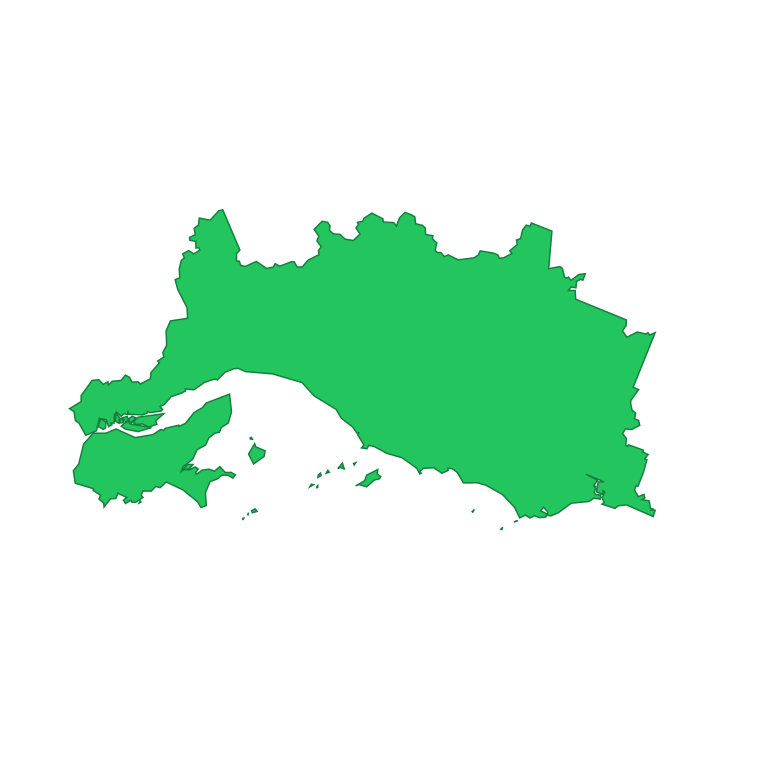 Cassowary Coast, Queensland, Australia (Mercator projection), rotated 106°
{"feature_id": "25037944B15390433377666", "entity_name": "Cassowary Coast", "entity_type": "district", "adm_level": 2, "iso_a3": "AUS", "parent_name": "Australia", "parent_adm1": "Queensland", "projection": "mercator", "projection_center": [145.98, -17.968], "detail": "fine", "context": "isolated", "style": "filled", "palette": "green", "viewbox_px": 768, "rotation_deg": 106, "n_neighbors": 0, "source": "geoboundaries", "source_scale": "gbopen_adm2", "svg_char_len": 6191}
<svg xmlns="http://www.w3.org/2000/svg" viewBox="0 0 768 768"><g transform="rotate(106 384 384)"><path d="M319.2,137.7L318.5,143.6L260.0,137.5L263.8,142.3L261.9,144.3L263.8,146.2L264.2,154.9L272.1,163.3L267.2,169.4L260.8,167.4L255.6,168.7L249.7,223.1L241.4,226.0L243.2,232.4L239.2,230.9L238.6,226.0L232.3,227.2L229.3,224.1L229.4,221.5L222.5,220.9L225.0,226.8L232.8,232.8L230.4,236.1L232.1,237.9L231.3,240.0L223.8,244.3L222.6,247.2L227.8,257.5L190.8,264.7L188.6,286.7L192.1,287.1L192.1,291.0L197.8,293.3L206.6,292.8L209.1,296.4L213.2,294.3L221.2,299.8L223.3,297.0L229.8,303.9L231.4,307.9L228.5,310.1L228.0,314.8L229.5,328.2L234.1,328.9L237.9,332.3L244.2,346.9L242.2,357.9L244.9,361.1L241.9,365.6L242.9,368.8L241.5,371.7L233.9,372.1L231.3,377.3L228.0,377.9L228.7,385.2L222.6,387.4L220.9,390.8L221.2,397.7L214.9,400.4L213.8,404.3L213.3,411.2L220.1,414.9L228.8,415.6L226.2,419.1L228.5,429.3L225.5,430.6L223.1,442.8L230.1,448.9L233.5,449.4L235.9,454.0L237.6,452.4L241.7,454.0L246.5,448.3L254.5,453.1L255.5,461.2L252.3,467.6L253.7,474.0L251.2,478.9L247.2,479.3L244.1,482.7L244.6,488.3L254.6,493.8L259.8,487.4L265.1,487.9L269.3,482.2L273.7,483.8L277.6,482.1L286.0,491.2L294.0,494.8L295.5,499.8L291.3,503.9L291.9,506.5L299.5,516.7L298.3,521.8L302.0,522.5L305.3,528.7L301.4,540.5L309.2,549.7L309.5,554.3L305.8,557.0L306.5,559.6L299.4,561.7L295.0,559.4L261.0,587.0L262.9,590.5L274.5,596.3L275.4,607.3L282.5,606.2L286.7,609.4L292.5,606.5L296.7,611.3L299.4,610.2L298.7,604.3L305.1,602.3L304.1,599.5L306.0,597.9L311.3,602.7L309.6,608.5L314.4,613.3L318.0,610.7L321.0,612.9L329.9,612.6L338.2,609.6L341.3,613.5L350.0,608.3L364.9,594.4L375.0,590.9L382.2,606.7L393.0,608.1L406.7,603.6L414.8,605.3L418.8,603.1L424.3,607.9L425.6,605.7L437.3,611.2L443.4,610.0L451.3,618.3L449.7,621.0L451.7,626.7L447.7,630.6L446.7,635.0L453.0,637.6L456.3,646.0L461.0,648.6L457.9,650.0L461.8,653.9L458.5,659.3L461.0,665.6L478.7,671.9L484.4,670.3L494.4,679.5L496.0,674.3L504.1,670.7L505.8,666.3L515.5,656.5L508.2,647.5L495.4,648.3L494.9,641.1L500.9,637.0L498.2,634.3L496.7,635.6L496.0,632.7L487.4,634.7L484.5,633.4L487.5,627.9L484.2,625.7L484.0,622.2L481.4,622.4L483.5,620.9L480.3,608.0L477.6,603.8L475.6,603.8L476.1,601.2L471.4,590.8L469.4,589.9L467.4,593.2L464.2,589.5L454.8,585.1L448.5,576.0L445.5,573.0L443.5,573.6L442.0,565.2L431.8,556.9L425.8,548.0L426.0,545.2L416.6,540.1L410.8,532.7L409.2,528.4L410.2,520.2L405.0,494.0L405.2,463.2L414.7,447.8L421.6,423.0L428.6,415.7L433.9,402.3L438.7,396.5L437.9,394.9L440.2,395.2L448.1,386.5L451.6,388.1L451.0,382.6L447.4,381.8L446.7,376.7L449.9,362.0L449.9,346.2L456.0,329.1L460.6,324.8L459.5,323.7L458.2,325.6L454.1,322.8L450.8,313.0L453.8,303.8L449.5,298.6L447.5,299.3L446.6,295.3L448.7,289.3L457.2,280.4L453.2,267.0L453.2,258.0L457.6,239.7L466.5,224.6L475.3,216.6L471.1,212.0L472.5,206.7L469.1,202.9L469.6,197.7L467.2,191.7L463.9,192.0L462.7,198.6L458.5,196.5L461.9,191.3L465.2,191.0L464.8,187.3L459.8,181.0L447.0,171.2L440.5,154.7L435.8,150.7L435.1,144.5L431.1,144.9L431.8,150.6L430.3,152.0L425.8,151.9L424.1,154.0L423.2,154.0L417.7,152.3L415.0,165.3L417.4,145.5L419.1,151.1L429.2,150.0L429.8,142.8L426.3,144.1L426.8,141.9L433.4,143.0L437.1,139.7L439.4,141.4L439.9,127.7L436.5,125.2L433.4,117.6L437.2,88.7L430.6,88.5L431.5,92.2L430.0,91.1L430.1,93.7L423.3,96.8L424.0,104.1L421.4,101.8L419.0,104.0L418.0,102.9L422.2,108.5L416.9,114.0L412.2,113.6L412.4,111.7L398.0,110.3L384.3,110.4L384.1,112.8L379.0,110.6L378.1,116.6L376.1,116.4L375.1,132.3L376.7,132.4L376.5,134.6L369.6,136.0L366.0,140.9L360.7,139.7L359.5,133.4L353.3,126.8L348.9,129.2L348.3,133.6L342.6,134.1L340.8,138.3L334.6,141.6L331.7,142.2L319.2,137.7ZM524.1,554.8L518.7,554.2L509.2,547.2L498.8,545.6L491.7,538.6L484.2,537.6L477.8,532.9L475.8,528.9L470.5,528.3L464.4,522.9L452.8,522.9L436.3,529.7L451.4,549.8L456.6,551.8L463.8,558.7L476.6,564.0L481.4,569.5L480.2,570.0L486.9,582.0L489.1,582.9L489.4,586.2L496.3,592.1L504.1,608.4L501.1,629.2L507.9,637.7L511.5,649.9L524.5,656.2L545.2,655.4L553.0,658.7L564.5,653.4L564.7,634.3L566.5,634.2L569.1,625.8L573.1,626.2L575.9,620.5L579.4,619.2L569.8,615.3L568.0,610.2L562.4,609.7L564.0,599.9L567.5,602.4L570.1,599.5L565.6,595.3L567.2,593.4L566.0,589.9L559.4,584.4L557.9,586.7L553.4,586.4L551.0,578.1L545.4,575.2L545.4,570.6L538.2,566.4L541.2,548.2L548.6,530.7L553.2,525.9L549.8,521.3L537.7,525.7L525.8,524.3L520.7,517.5L516.4,515.0L514.7,509.0L516.1,503.3L512.3,501.8L511.1,506.7L512.8,512.0L508.8,519.1L514.5,522.9L514.1,528.7L516.8,534.9L522.6,539.5L521.2,540.7L516.9,539.1L515.8,542.7L520.2,547.5L521.5,552.8L524.1,554.8ZM490.3,598.6L485.4,591.2L482.4,593.3L473.3,587.6L483.6,611.1L490.1,614.7L491.0,610.6L489.0,605.1L490.3,598.6ZM477.0,491.9L488.7,494.9L496.8,487.3L486.7,479.3L481.0,479.8L479.8,489.9L477.0,491.9ZM482.4,376.0L489.8,383.2L487.6,380.5L487.6,372.4L479.0,366.8L476.5,362.4L474.0,361.6L472.4,365.6L467.9,366.4L476.3,375.5L482.4,376.0ZM492.4,617.0L490.7,618.7L492.2,621.9L497.0,625.0L498.6,620.2L497.6,607.4L490.1,595.5L492.4,617.0ZM505.0,641.4L503.1,639.5L497.0,640.9L495.6,646.7L503.7,647.2L505.0,641.4ZM491.9,616.7L484.9,613.5L484.5,617.2L487.8,620.1L491.9,616.7ZM493.7,632.2L494.8,628.0L489.1,629.1L486.1,633.4L493.7,632.2ZM514.0,545.4L515.5,550.7L521.1,553.4L519.5,547.9L514.0,545.4ZM488.9,626.6L491.2,622.1L490.1,619.4L486.0,621.9L488.9,626.6ZM471.5,402.2L478.2,405.1L476.3,403.2L476.6,398.8L471.5,402.2ZM490.0,628.3L494.2,627.0L492.9,623.9L490.7,624.3L490.0,628.3ZM539.5,473.5L542.4,476.4L544.1,475.1L541.5,470.9L539.5,473.5ZM487.1,420.5L489.4,422.1L491.9,421.8L489.4,419.2L487.1,420.5ZM500.4,426.3L503.4,427.0L500.2,424.0L500.4,426.3ZM482.5,414.2L485.7,415.0L483.9,412.2L482.5,414.2ZM479.6,262.6L482.4,264.1L482.7,263.3L479.6,262.6ZM467.4,389.5L468.8,391.3L470.0,390.3L467.4,389.5ZM489.0,230.4L491.4,231.7L491.5,230.6L489.0,230.4ZM473.4,495.2L471.9,496.8L472.9,497.9L473.7,497.3L473.4,495.2ZM563.6,586.1L565.9,586.5L564.5,585.1L563.6,586.1ZM552.1,482.7L553.7,482.3L551.6,481.8L552.1,482.7ZM499.9,419.7L501.5,420.4L502.2,419.7L501.3,419.1L499.9,419.7ZM479.2,219.2L481.0,221.0L478.5,217.7L479.2,219.2ZM547.3,478.7L545.0,478.7L547.2,479.0L547.3,478.7ZM424.1,152.4L424.1,153.5L424.8,152.4L424.1,152.4Z" fill="#22c55e" stroke="#15803d" stroke-width="1.5"/></g></svg>